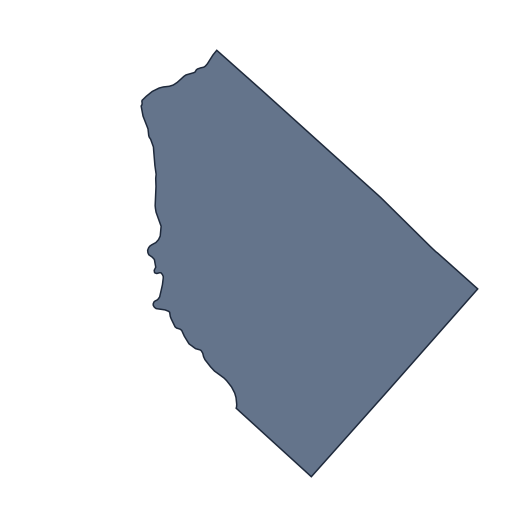 the district of Pierce, Wisconsin, United States of America, rotated 42°
{"feature_id": "52423323B27488626523847", "entity_name": "Pierce", "entity_type": "district", "adm_level": 2, "iso_a3": "USA", "parent_name": "United States of America", "parent_adm1": "Wisconsin", "projection": "albers", "projection_center": [-92.581, 44.701], "detail": "fine", "context": "isolated", "style": "filled", "palette": "slate", "viewbox_px": 512, "rotation_deg": 42, "n_neighbors": 0, "source": "geoboundaries", "source_scale": "gbopen_adm2", "svg_char_len": 1436}
<svg xmlns="http://www.w3.org/2000/svg" viewBox="0 0 512 512"><g transform="rotate(42 256 256)"><path d="M442.8,132.1L389.0,132.3L386.9,132.5L378.7,132.3L309.5,129.1L241.2,129.1L150.2,129.0L89.2,129.4L89.5,135.4L91.3,145.9L91.3,148.9L90.8,150.7L89.0,153.2L87.4,156.1L87.1,157.5L87.6,160.1L87.1,161.4L82.8,168.3L82.2,170.8L81.3,179.7L80.1,184.3L78.0,187.9L74.0,192.4L71.6,196.0L68.8,203.1L67.6,210.6L67.2,216.5L67.6,217.3L69.4,218.9L70.1,220.1L70.2,220.9L70.3,221.4L78.4,227.6L90.7,233.8L95.7,238.3L97.3,239.2L99.5,239.7L106.8,243.6L109.7,246.4L120.2,256.3L127.1,262.1L129.6,265.5L135.2,271.3L147.4,286.1L149.5,288.0L152.4,290.3L165.6,297.4L171.5,305.3L172.6,309.1L172.6,313.0L171.0,317.5L170.5,319.7L170.7,321.7L171.6,324.2L173.5,325.9L175.5,326.8L179.6,326.3L182.8,326.6L189.0,331.4L189.9,334.7L191.4,336.0L192.2,336.2L194.0,335.4L195.5,333.0L196.5,332.1L198.8,332.4L200.8,333.3L202.0,334.7L205.7,340.0L211.8,350.9L212.1,353.6L211.9,355.0L211.1,357.0L210.9,358.4L211.7,360.5L212.8,361.5L214.9,362.1L217.0,361.9L224.5,356.9L228.1,355.6L229.5,355.6L232.8,358.3L234.9,359.4L243.3,362.8L245.2,362.7L248.4,361.2L250.5,361.0L256.5,363.6L265.0,366.1L273.1,365.3L277.3,363.2L278.5,363.0L281.5,363.9L284.4,365.9L287.5,367.2L296.4,368.8L302.2,369.3L313.8,368.1L317.6,368.3L325.5,369.7L331.9,372.1L335.9,374.6L341.0,379.2L342.5,381.1L343.1,382.4L444.8,383.0L444.2,268.9L442.8,132.1Z" fill="#64748b" stroke="#1e293b" stroke-width="1.5"/></g></svg>